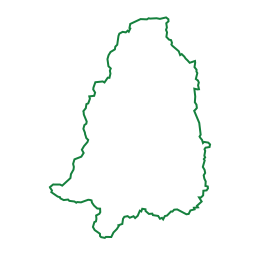 outline of San Lorenzo, Puerto Rico, rotated 357°
{"feature_id": "32010507B65674201186595", "entity_name": "San Lorenzo", "entity_type": "district", "adm_level": 2, "iso_a3": "PRI", "parent_name": "Puerto Rico", "parent_adm1": "", "projection": "robinson", "projection_center": [-65.979, 18.152], "detail": "fine", "context": "isolated", "style": "outline", "palette": "green", "viewbox_px": 256, "rotation_deg": 357, "n_neighbors": 0, "source": "geoboundaries", "source_scale": "gbopen_adm2", "svg_char_len": 2569}
<svg xmlns="http://www.w3.org/2000/svg" viewBox="0 0 256 256"><g transform="rotate(357 128 128)"><path d="M47.1,183.6L48.8,186.4L48.1,188.1L54.2,192.8L56.5,193.6L56.7,194.7L60.0,196.6L64.4,196.3L65.6,197.7L70.7,198.6L72.4,199.9L73.3,199.3L77.2,199.8L81.1,198.6L84.5,197.6L86.4,197.9L87.8,198.4L88.1,200.6L90.0,203.7L93.1,206.8L95.9,207.1L95.9,210.6L94.9,212.2L91.6,213.7L91.7,217.2L91.1,219.6L89.5,220.2L87.8,225.0L89.4,228.2L94.4,232.1L94.5,234.6L95.5,235.6L99.1,236.5L100.3,235.6L105.6,236.0L108.0,231.6L111.6,228.3L113.8,225.2L113.4,224.6L117.3,223.5L118.3,218.4L119.7,216.5L123.0,216.0L125.1,217.7L128.9,216.4L130.4,218.3L133.1,216.2L135.5,211.2L136.9,212.0L138.0,209.4L141.2,210.1L141.2,211.8L144.4,214.9L147.8,214.8L148.3,216.3L153.5,217.4L155.2,220.3L157.2,219.5L158.3,221.1L160.2,217.9L162.4,217.5L166.6,213.6L168.0,213.8L169.8,212.0L172.9,211.9L181.8,217.2L184.1,217.0L186.0,213.6L190.2,212.7L189.7,211.1L193.7,210.9L192.8,209.3L197.7,205.3L195.3,201.0L197.4,201.1L199.5,199.2L200.0,194.6L203.2,194.4L204.7,192.5L204.6,190.6L202.3,189.9L202.8,185.4L201.6,182.6L201.1,179.2L202.7,176.9L202.3,173.9L200.7,170.8L201.6,168.1L202.9,164.4L202.1,163.0L203.5,161.4L202.8,159.7L203.9,154.9L203.3,153.2L204.4,151.7L208.4,151.3L209.1,148.7L207.4,146.8L203.3,145.9L202.1,146.9L201.3,143.8L199.7,141.6L199.0,140.3L200.2,138.5L199.4,126.6L195.0,114.3L196.8,112.7L197.8,111.6L197.6,108.3L196.1,105.8L196.8,100.1L196.3,92.2L199.4,93.1L200.9,93.0L200.2,89.0L201.1,86.3L200.3,84.2L198.3,82.6L200.1,76.8L199.3,75.2L199.5,73.4L197.6,70.7L198.5,66.3L198.4,64.6L193.0,66.1L191.0,63.6L189.1,61.6L188.0,59.7L185.5,57.0L183.9,57.9L182.7,54.0L176.6,48.2L175.7,46.9L176.4,45.3L175.6,42.5L173.6,41.9L171.1,39.0L172.0,34.5L171.1,32.0L172.1,29.7L171.7,25.4L174.0,23.6L174.0,21.5L171.8,19.6L165.6,20.7L162.3,19.9L155.8,19.9L154.4,19.5L152.6,20.5L146.3,19.9L135.7,24.2L134.7,28.2L135.5,28.7L133.8,31.9L132.8,30.8L130.8,32.4L127.7,31.7L124.3,33.3L123.3,35.6L121.6,44.3L119.6,46.1L119.0,48.8L115.3,50.8L114.6,51.1L112.4,54.3L111.1,58.1L111.7,65.3L113.9,67.6L112.9,69.8L113.3,72.8L112.1,76.9L110.4,76.7L106.9,81.3L105.2,80.2L97.8,80.6L95.6,85.9L95.3,87.7L97.0,90.9L95.9,94.1L91.0,94.4L91.5,96.8L89.6,101.3L87.7,102.0L86.9,106.0L84.3,108.9L84.5,109.6L84.6,112.3L87.1,119.4L86.6,121.5L84.6,122.8L83.4,126.5L84.7,130.3L84.9,132.3L85.3,133.5L85.8,135.8L87.6,137.8L86.8,139.9L83.1,143.8L80.8,147.3L82.4,150.6L79.9,154.2L72.9,156.5L71.3,161.0L71.9,164.0L71.4,166.7L68.6,171.1L67.9,175.0L59.3,182.1L57.1,180.9L50.3,180.5L46.9,183.0L47.1,183.6Z" fill="none" stroke="#15803d" stroke-width="2"/></g></svg>